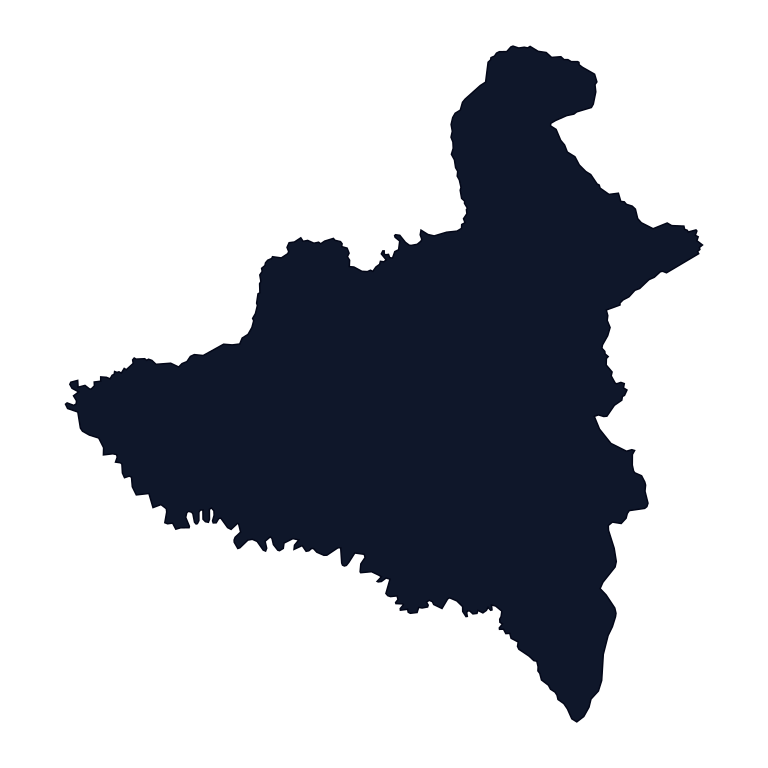 Montalvo, Los Rios, Ecuador
{"feature_id": "8360857B47637388687848", "entity_name": "Montalvo", "entity_type": "district", "adm_level": 2, "iso_a3": "ECU", "parent_name": "Ecuador", "parent_adm1": "Los Rios", "projection": "mercator", "projection_center": [-79.312, -1.802], "detail": "fine", "context": "isolated", "style": "filled", "palette": "ink", "viewbox_px": 768, "rotation_deg": 0, "n_neighbors": 0, "source": "geoboundaries", "source_scale": "gbopen_adm2", "svg_char_len": 6066}
<svg xmlns="http://www.w3.org/2000/svg" viewBox="0 0 768 768"><path d="M576.8,721.9L583.8,716.5L589.0,707.2L591.0,699.1L598.4,691.0L601.7,680.5L603.3,654.4L608.1,635.5L612.4,626.7L615.5,616.8L616.0,613.3L614.8,608.0L606.1,594.9L600.1,588.6L602.9,582.3L615.1,567.0L616.3,561.5L614.2,548.3L608.5,530.3L608.3,525.5L612.4,522.1L621.2,523.5L626.1,518.2L627.3,513.5L629.3,510.6L644.7,508.4L646.9,506.6L648.0,503.2L645.0,491.2L645.6,485.1L644.8,482.0L641.6,475.8L634.8,472.8L633.6,471.1L632.3,465.1L632.4,454.5L634.6,450.5L631.8,449.7L626.5,451.2L610.9,443.4L599.5,429.1L594.3,416.4L598.4,414.9L603.8,416.5L606.9,416.2L614.4,405.3L621.8,400.2L622.4,396.5L624.5,395.4L627.0,390.0L623.5,387.9L624.3,383.6L620.9,382.4L616.6,383.8L615.2,383.1L611.2,375.9L612.1,372.0L606.2,365.0L606.4,358.5L608.2,356.6L605.1,353.9L604.8,351.4L601.9,348.2L602.5,344.9L607.7,335.7L610.1,327.5L607.2,320.4L607.8,315.6L606.3,310.0L620.0,305.0L620.0,303.0L623.1,299.9L629.0,296.8L634.9,290.3L639.7,288.5L648.9,279.7L654.4,277.2L660.4,271.7L662.7,271.3L666.5,272.8L698.7,253.7L697.5,251.5L699.9,249.5L699.4,247.5L702.5,245.0L696.9,240.7L698.2,236.8L695.3,235.3L696.9,231.0L696.0,229.9L688.2,232.0L687.3,230.3L684.6,229.3L683.9,226.1L671.7,225.6L667.2,223.0L653.1,228.7L641.3,222.7L637.7,218.6L635.4,209.1L632.2,206.1L626.4,204.3L624.3,201.8L620.8,201.4L618.4,193.2L609.0,194.4L600.1,188.1L599.2,185.0L597.1,184.0L590.8,174.6L585.8,171.5L579.3,165.0L575.0,156.8L567.3,152.0L564.6,145.0L560.7,140.3L556.1,129.4L550.6,125.9L550.7,123.4L555.6,120.5L566.7,115.6L573.9,114.1L576.7,111.9L591.4,107.5L593.3,104.1L595.8,91.9L595.0,84.6L596.9,81.9L594.6,74.2L582.5,67.3L579.1,64.7L579.0,62.4L577.7,61.6L571.2,61.6L567.9,59.6L564.0,59.6L560.9,56.7L551.6,57.4L546.2,52.5L538.1,51.3L530.1,46.4L527.7,47.9L524.3,47.2L518.7,48.0L513.0,46.1L510.9,46.9L506.7,51.6L499.3,51.7L496.5,53.1L494.5,56.1L491.0,57.6L490.6,59.9L488.1,62.2L485.6,82.1L480.3,85.5L465.1,99.1L462.5,102.3L460.3,110.1L455.2,113.2L452.7,117.5L451.1,124.5L452.3,131.3L451.0,137.2L452.9,142.0L453.2,148.3L451.4,154.3L454.4,159.8L455.6,167.7L457.7,171.3L457.2,176.1L459.3,179.9L461.0,187.4L460.2,190.2L461.6,198.4L464.6,201.1L464.5,203.4L467.4,208.2L466.4,209.6L466.9,213.7L463.5,218.7L465.0,222.7L461.7,224.5L461.5,228.4L457.0,231.1L446.6,232.2L434.2,235.9L428.0,234.5L421.0,230.1L420.2,234.8L421.8,239.4L420.9,241.2L417.2,244.3L411.2,245.4L409.3,245.2L405.4,242.3L399.8,235.3L395.5,234.7L394.6,235.6L395.1,237.3L399.7,241.0L398.6,249.7L394.8,251.6L392.5,258.1L389.7,257.6L388.5,254.4L385.3,254.8L384.2,253.7L384.2,250.9L382.8,250.9L381.3,253.9L386.2,259.9L383.8,261.8L380.4,261.3L379.6,264.3L375.9,267.0L372.8,271.4L370.5,270.2L367.4,271.6L361.9,271.3L353.9,267.0L349.3,266.6L349.6,260.2L347.4,256.7L349.1,253.2L347.1,248.1L341.7,246.6L342.1,243.7L340.5,241.6L335.0,240.3L333.4,238.4L324.6,241.1L320.7,243.8L318.6,242.2L313.9,243.2L307.7,240.4L303.1,241.3L300.8,237.8L294.4,242.0L289.1,242.7L287.0,247.4L288.7,251.6L287.7,253.7L281.3,257.9L272.5,256.7L271.7,258.5L267.7,260.2L265.5,262.8L264.9,265.6L261.6,268.3L262.2,271.4L259.8,274.9L260.9,281.5L259.6,283.7L259.9,292.8L258.0,293.8L256.6,303.2L257.4,305.4L255.4,313.6L252.6,318.4L253.7,320.7L251.9,327.5L248.0,334.4L242.2,338.0L239.7,344.0L232.2,344.9L223.6,344.2L203.2,355.5L194.3,354.6L190.4,356.4L186.9,361.6L182.0,363.6L178.7,367.0L170.7,363.2L156.0,364.3L151.9,360.4L148.5,359.2L146.7,360.3L144.7,358.7L136.1,359.1L134.2,358.0L132.6,359.9L133.2,363.4L126.3,369.7L124.2,368.4L121.3,373.1L119.0,371.8L117.0,372.4L114.6,371.5L114.2,374.2L112.1,375.3L110.1,378.8L106.4,377.3L100.7,376.9L100.7,381.2L94.2,382.0L94.4,385.8L91.2,389.0L89.6,389.0L85.0,385.4L78.1,387.2L77.7,380.4L70.8,382.2L69.8,384.3L72.0,388.3L78.7,391.9L73.5,395.8L76.5,400.8L76.2,403.8L73.8,405.4L67.1,402.9L65.5,404.2L67.6,408.5L77.8,412.0L80.4,428.1L82.5,431.2L89.4,435.1L98.7,438.0L103.6,447.7L103.4,454.9L112.8,453.8L116.6,454.6L117.2,457.2L115.5,462.1L120.5,462.8L121.9,464.1L122.4,473.0L124.5,477.7L129.3,476.1L131.5,477.2L132.3,486.8L136.3,494.9L148.9,493.5L153.0,507.6L161.0,504.6L166.3,508.7L166.7,512.0L164.8,522.7L167.6,523.8L172.6,523.1L175.8,529.2L180.6,527.8L189.1,527.7L189.4,526.3L185.7,517.4L186.8,512.6L188.5,511.3L191.7,512.2L192.9,513.9L194.5,522.2L196.1,524.0L197.4,523.6L198.9,520.6L198.9,512.3L200.3,510.1L202.9,509.9L203.0,519.2L205.4,521.7L208.4,522.3L209.5,519.3L209.4,509.4L211.4,507.9L213.9,510.8L214.1,515.2L212.5,520.9L213.2,522.9L216.2,522.8L218.7,518.6L220.8,518.1L227.6,527.6L231.1,529.4L237.5,523.4L238.6,523.8L240.6,532.1L235.1,537.3L234.1,540.0L234.2,542.2L237.8,548.5L239.9,547.8L247.9,540.1L252.3,539.3L257.1,541.4L263.2,550.1L265.6,551.1L266.7,548.2L265.1,541.3L270.3,536.8L272.0,538.5L273.4,544.6L277.8,550.2L279.5,550.7L283.3,548.4L284.0,543.1L292.9,538.6L298.8,539.9L294.5,545.2L294.0,549.4L302.2,545.6L306.1,551.3L308.8,550.8L311.7,548.4L313.5,548.6L316.8,552.2L323.9,555.3L326.9,555.2L337.9,547.8L340.7,547.8L341.7,563.0L342.5,565.1L344.4,566.0L346.4,565.4L348.9,562.3L354.8,553.0L364.2,554.3L365.1,557.5L360.8,563.9L360.1,571.8L360.7,572.7L371.5,571.7L378.7,575.1L381.4,576.8L377.1,581.4L378.2,581.9L381.4,581.5L386.1,578.0L390.0,579.2L385.9,593.5L387.8,595.7L390.5,596.6L397.0,595.9L398.0,599.5L395.6,602.5L395.9,603.6L402.6,603.9L403.4,604.8L400.2,608.6L400.4,610.2L407.6,609.3L408.2,612.2L410.3,613.3L417.1,612.5L418.7,607.4L422.1,608.0L427.6,607.0L428.2,605.1L426.5,602.1L429.2,600.3L432.4,601.7L433.7,604.5L442.0,608.5L447.7,598.9L449.6,597.8L456.8,600.9L462.6,606.6L462.7,611.5L466.0,616.6L467.3,616.4L466.7,612.6L467.7,610.9L469.8,611.0L472.9,613.9L477.0,613.4L477.9,610.4L482.9,612.9L486.4,610.4L488.0,607.4L490.7,610.3L492.0,609.9L491.5,605.0L495.6,606.0L501.8,611.1L501.1,616.5L499.7,619.2L499.9,622.3L502.5,624.0L499.3,627.9L499.5,629.3L503.5,629.2L505.8,633.6L509.8,633.4L511.1,638.3L518.2,642.0L517.5,646.4L518.9,649.3L528.9,656.0L533.8,660.6L536.8,661.2L538.1,666.8L537.9,670.9L539.8,673.4L541.5,680.0L548.4,685.2L550.5,689.2L555.0,692.1L557.0,695.2L558.0,699.5L563.8,703.6L567.4,708.9L571.8,718.8L576.8,721.9Z" fill="#0f172a" stroke="#020617" stroke-width="1.5"/></svg>